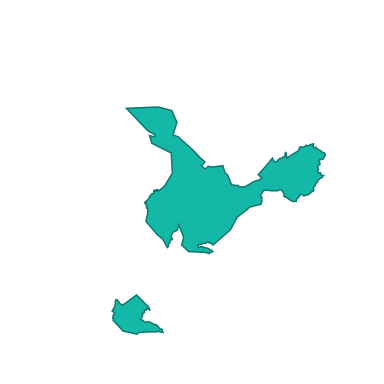 outline of Putla Villa de Guerrero, Oaxaca, Mexico, rotated 59°
{"feature_id": "50627088B16530666088464", "entity_name": "Putla Villa de Guerrero", "entity_type": "district", "adm_level": 2, "iso_a3": "MEX", "parent_name": "Mexico", "parent_adm1": "Oaxaca", "projection": "orthographic", "projection_center": [-97.862, 16.982], "detail": "fine", "context": "isolated", "style": "filled", "palette": "teal", "viewbox_px": 384, "rotation_deg": 59, "n_neighbors": 0, "source": "geoboundaries", "source_scale": "gbopen_adm2", "svg_char_len": 5927}
<svg xmlns="http://www.w3.org/2000/svg" viewBox="0 0 384 384"><g transform="rotate(59 192 192)"><path d="M101.7,177.2L86.5,205.1L116.7,198.4L123.7,194.3L125.6,195.4L121.8,199.4L129.6,201.3L147.9,189.7L165.7,199.1L172.9,212.6L173.7,218.5L173.9,220.5L173.4,220.5L173.2,220.2L172.3,220.2L172.0,220.6L171.9,220.9L172.2,221.2L172.3,221.0L172.5,221.3L172.8,221.3L173.0,221.2L172.9,221.4L172.6,221.6L172.8,221.9L172.8,222.3L172.7,222.4L172.4,222.0L171.6,222.2L171.7,222.5L172.0,222.8L171.5,223.4L171.2,223.8L171.0,224.0L171.6,224.3L172.0,224.5L172.2,224.8L173.7,225.8L172.9,227.6L173.1,228.5L174.1,230.5L174.6,231.6L174.8,232.0L175.2,232.5L175.9,233.8L176.0,234.5L176.1,236.0L176.4,236.8L177.2,236.4L177.5,236.6L176.8,237.9L177.7,238.0L180.6,237.9L181.3,238.3L181.7,239.0L182.4,239.3L182.8,238.7L183.2,238.4L183.3,238.2L187.7,241.2L193.3,246.6L199.4,245.6L210.9,243.7L217.3,241.3L226.9,241.8L226.7,240.5L226.0,240.1L225.0,239.3L224.8,238.9L224.4,238.7L224.2,238.3L224.0,236.9L223.5,236.5L221.8,236.0L221.6,235.7L222.7,234.0L222.7,233.5L222.3,233.1L221.9,233.0L220.4,233.0L219.3,232.6L218.4,231.6L218.1,231.2L217.8,231.0L217.4,230.5L217.2,229.7L216.8,228.8L216.7,228.3L216.7,227.0L217.1,226.0L217.1,224.1L216.0,222.9L215.0,222.1L214.6,221.5L213.7,220.7L211.8,220.1L226.6,222.5L232.1,228.2L240.8,225.7L241.6,225.3L250.7,211.6L254.2,208.3L253.2,208.7L253.8,204.9L252.0,205.2L251.6,205.7L251.1,206.7L250.5,207.0L249.7,206.6L249.0,207.0L248.6,207.3L247.7,208.2L246.9,208.8L246.5,209.3L246.0,210.3L245.3,210.4L244.6,211.0L243.3,212.5L243.4,213.4L243.1,214.7L242.4,214.8L240.7,214.1L240.8,213.0L241.1,212.5L241.0,211.8L241.3,211.4L241.5,210.8L241.9,210.4L241.9,209.6L241.7,209.0L242.2,207.8L242.8,207.6L243.1,206.8L243.0,205.7L242.6,205.5L242.8,205.1L242.8,204.1L243.3,204.1L244.2,203.5L244.5,202.7L244.7,203.2L245.3,202.5L245.4,202.1L248.3,201.2L244.2,178.6L238.0,168.1L236.7,166.3L236.8,164.9L236.4,162.9L235.6,154.8L234.7,150.8L235.8,146.3L238.1,139.0L237.0,138.1L236.3,137.2L235.7,136.7L235.1,136.8L234.1,136.0L233.3,135.5L233.1,135.2L233.0,134.8L231.9,134.9L231.5,135.5L230.5,135.4L227.7,130.0L227.9,129.0L228.6,127.6L232.2,122.8L234.9,118.1L235.2,116.8L235.1,116.1L235.1,115.6L235.3,115.4L235.8,114.6L238.3,113.9L239.0,114.1L241.4,114.2L242.0,114.6L242.3,114.9L243.0,115.4L246.6,113.1L247.9,112.8L251.7,110.7L252.3,110.0L253.1,108.9L253.4,107.7L253.7,107.4L251.9,105.9L251.5,103.1L250.7,102.1L250.3,101.4L250.2,100.7L250.3,99.7L250.5,99.2L251.2,98.7L252.9,98.2L253.1,97.8L253.2,97.0L253.3,96.2L253.8,95.0L254.1,94.1L254.0,91.1L253.4,89.4L253.5,89.0L253.8,87.8L253.2,86.5L252.9,86.5L252.4,86.6L251.3,86.3L250.8,85.6L250.4,83.9L249.9,83.2L248.4,81.2L248.1,79.5L247.8,79.0L247.4,78.6L246.8,77.9L246.5,75.5L246.4,72.6L246.0,72.3L245.7,72.0L245.7,70.9L243.9,72.5L243.5,72.5L242.7,72.2L241.1,72.2L241.0,73.2L240.8,73.6L240.6,73.9L239.3,73.5L238.6,73.6L238.2,73.5L238.0,73.3L237.8,72.1L237.7,71.9L234.8,71.3L234.1,68.0L233.8,67.8L233.0,67.5L232.2,67.1L231.8,67.1L231.4,67.3L231.1,67.3L230.7,66.9L230.5,66.5L230.3,66.2L229.9,66.1L229.8,65.9L229.8,65.7L230.2,65.2L230.5,64.9L231.1,63.7L231.3,63.0L231.2,62.5L230.4,61.7L230.0,60.3L229.7,60.0L229.5,59.4L229.0,59.0L228.8,58.6L228.4,58.4L227.7,58.3L227.2,58.3L226.8,58.3L226.2,58.9L225.2,59.6L225.0,59.9L223.5,60.1L223.1,60.3L222.0,61.1L221.5,61.4L220.8,61.6L220.1,62.1L219.6,62.6L219.1,62.8L217.7,62.6L217.6,63.7L215.5,65.0L213.4,63.0L213.1,63.5L212.9,63.8L213.2,64.6L212.9,65.1L212.4,65.5L212.1,66.6L212.5,68.1L212.1,68.8L211.7,69.3L210.7,70.1L210.7,70.4L211.1,71.6L211.2,72.1L211.0,73.0L211.2,73.4L210.2,74.6L209.4,75.3L209.1,75.7L209.1,76.0L209.1,76.5L211.4,79.4L211.7,92.9L211.4,92.5L210.6,92.6L210.1,92.5L208.8,92.0L208.5,91.7L208.3,91.6L208.0,91.6L207.7,91.4L206.7,91.4L206.5,91.2L206.3,91.4L207.0,92.6L207.9,92.7L208.3,92.7L208.7,92.8L208.9,94.2L209.3,94.2L209.4,94.9L209.1,95.5L208.9,96.7L209.0,97.0L209.6,97.5L209.2,98.1L209.0,98.6L208.7,99.6L208.5,99.8L208.5,100.1L208.7,101.1L209.3,102.9L209.4,103.7L209.4,104.9L209.2,105.4L208.9,105.6L208.4,105.6L207.4,105.8L206.9,105.6L206.5,105.8L205.5,106.0L205.2,106.0L204.6,105.5L204.3,105.5L207.2,113.3L211.3,126.3L216.0,125.0L216.1,125.9L216.2,126.1L216.4,126.5L216.3,126.8L216.4,127.6L215.0,132.7L214.8,144.9L214.3,145.2L214.1,145.1L213.1,147.2L212.9,147.5L212.4,147.9L211.8,149.1L211.4,149.3L211.0,149.4L210.4,148.9L206.3,154.4L197.5,152.9L196.0,152.7L192.6,153.7L185.9,152.2L186.1,152.5L185.3,153.5L185.3,152.7L185.2,152.5L180.9,162.0L180.6,162.3L180.0,163.2L179.1,163.9L178.7,164.2L178.5,164.8L178.4,165.2L178.5,166.0L179.0,167.6L179.0,168.0L178.4,169.1L177.5,169.5L176.9,169.6L175.9,169.7L175.6,169.8L174.4,170.5L174.1,170.5L173.6,166.7L172.5,165.5L166.5,167.5L156.8,169.5L139.4,174.9L138.3,175.0L137.1,175.8L133.3,178.9L124.5,169.0L111.8,167.4L101.7,177.2ZM297.5,289.3L296.0,289.0L295.4,288.6L294.4,288.3L293.7,288.7L293.4,289.6L292.9,290.0L291.3,290.1L290.6,290.4L289.9,290.5L289.4,290.5L288.8,290.3L288.2,290.7L287.6,290.7L287.2,291.1L286.7,292.0L284.8,293.4L284.0,293.8L281.0,295.7L280.8,296.6L280.4,297.1L279.7,298.6L279.3,299.0L279.1,299.6L278.5,299.9L277.2,299.9L276.6,300.3L276.4,300.6L275.9,300.7L275.4,301.0L274.4,301.7L273.3,299.1L272.4,297.9L270.5,296.7L270.8,295.0L270.2,294.5L269.3,294.2L268.8,292.9L269.4,292.3L269.6,291.9L269.4,291.5L268.8,291.2L268.7,290.8L269.0,290.3L270.0,289.8L271.0,289.1L271.3,289.1L271.3,288.7L267.8,288.5L251.7,292.6L253.3,309.8L252.3,310.0L251.3,311.0L250.5,311.3L248.8,311.2L247.5,311.6L245.7,311.7L245.2,312.5L245.4,313.2L246.1,313.9L247.0,314.5L248.6,315.4L251.0,318.1L251.4,318.4L251.7,319.3L251.7,319.9L252.1,320.2L252.4,320.6L252.5,321.1L253.0,321.8L253.8,321.5L255.4,320.4L255.9,320.8L256.3,321.3L256.9,322.8L257.5,323.2L258.3,324.1L258.8,324.5L259.5,324.9L260.2,324.9L260.7,325.2L261.2,325.7L276.0,322.6L280.1,317.9L285.4,312.6L285.2,309.4L286.5,307.0L290.2,300.2L292.3,296.5L293.5,294.9L293.6,293.3L296.3,290.5L297.5,289.3Z" fill="#14b8a6" stroke="#0f766e" stroke-width="1.5"/></g></svg>